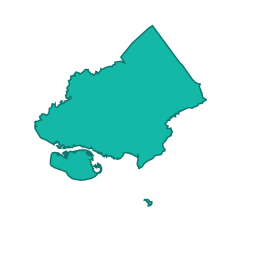 City of Isabela, Philippines, rotated 234°
{"feature_id": "2640588B50898058307541", "entity_name": "City of Isabela", "entity_type": "district", "adm_level": 2, "iso_a3": "PHL", "parent_name": "Philippines", "parent_adm1": "", "projection": "albers", "projection_center": [121.969, 6.657], "detail": "fine", "context": "isolated", "style": "filled", "palette": "teal", "viewbox_px": 256, "rotation_deg": 234, "n_neighbors": 0, "source": "geoboundaries", "source_scale": "gbopen_adm2", "svg_char_len": 5776}
<svg xmlns="http://www.w3.org/2000/svg" viewBox="0 0 256 256"><g transform="rotate(234 128 128)"><path d="M187.5,55.9L185.9,55.8L184.6,54.0L183.3,54.6L183.6,53.4L182.1,52.5L171.8,51.6L170.1,52.2L166.9,54.5L159.9,57.4L159.2,58.2L158.6,58.1L158.8,58.7L158.2,58.7L159.2,59.9L159.1,60.0L158.8,59.8L158.6,59.8L158.3,60.7L159.0,60.1L159.1,60.7L158.3,61.0L158.5,61.7L159.5,62.3L159.0,62.8L158.2,62.4L157.5,63.3L156.5,63.4L156.2,64.1L156.3,63.4L155.6,62.6L153.7,63.3L152.6,62.9L152.3,64.1L152.5,64.8L152.0,65.8L151.0,65.9L150.3,64.9L149.9,65.4L149.7,64.7L149.2,65.3L148.9,64.6L149.9,64.0L149.3,63.9L148.7,64.9L147.8,67.4L148.6,67.0L148.7,67.9L148.1,68.3L148.0,69.1L147.5,69.4L147.3,68.9L146.6,69.5L146.3,69.2L145.9,69.9L146.3,69.6L146.3,70.2L144.8,71.6L145.6,73.5L145.3,73.7L146.0,73.8L146.4,74.5L145.8,74.7L144.7,74.1L142.2,79.0L140.9,79.9L140.5,79.4L138.9,80.9L139.0,81.4L138.6,81.2L137.6,82.4L134.1,84.4L133.7,84.9L134.1,87.2L133.1,86.6L132.7,87.1L131.5,86.9L131.7,87.5L131.2,87.0L129.6,87.6L129.3,87.3L128.4,88.5L127.9,88.2L126.7,89.3L126.5,88.8L125.9,89.0L126.2,89.6L125.6,89.9L125.7,90.3L125.3,89.7L125.5,90.4L125.1,89.7L125.2,90.5L124.9,89.9L124.6,90.5L124.4,89.7L123.6,90.2L123.3,89.7L123.7,91.6L123.0,91.8L122.6,91.0L120.5,91.6L120.3,91.2L119.1,91.7L118.7,92.0L119.4,92.8L119.4,93.7L117.2,93.6L118.7,95.0L116.5,95.6L115.3,97.9L114.9,98.3L113.8,97.7L113.1,98.7L111.7,98.3L111.2,98.7L111.5,99.3L109.0,101.1L108.8,101.7L109.2,102.0L108.4,102.2L107.9,104.4L109.0,108.7L110.1,109.6L109.7,111.6L105.7,114.9L105.9,115.1L99.0,118.4L98.7,119.1L99.4,119.0L100.6,120.3L100.1,120.5L98.6,119.5L97.7,118.1L96.0,117.2L95.6,116.3L93.1,114.1L91.1,113.6L90.2,114.1L89.4,113.1L88.7,113.1L88.4,116.8L89.7,120.2L89.9,123.5L88.8,130.1L89.8,133.6L87.1,139.2L88.5,142.1L88.0,144.5L88.8,145.3L92.0,145.3L94.8,146.7L95.8,151.7L97.1,154.3L96.6,158.6L97.2,159.2L97.9,159.1L98.7,161.6L99.4,161.9L100.1,161.4L102.7,162.6L103.2,161.1L104.4,159.5L104.9,159.4L105.8,161.5L108.3,160.4L109.5,160.6L110.2,163.3L110.9,164.2L110.9,165.6L110.2,165.5L109.7,166.3L110.8,167.3L110.7,169.1L111.6,168.7L111.0,169.8L111.4,170.9L110.8,171.1L111.2,172.7L109.7,172.7L109.2,173.1L109.6,173.4L110.5,173.1L110.6,173.9L111.7,174.6L111.2,175.0L111.5,175.6L110.7,175.8L110.5,176.6L109.8,177.0L110.5,177.2L110.5,178.5L111.4,178.8L110.8,180.0L109.1,188.8L106.1,191.9L106.4,192.7L105.1,197.4L106.0,199.0L104.4,202.9L105.0,204.1L104.7,207.3L105.2,208.0L108.3,206.5L109.3,206.5L113.1,208.5L114.6,208.2L115.4,209.0L119.6,210.0L121.1,212.2L122.8,210.6L124.9,209.4L129.4,208.6L147.1,208.9L150.4,208.2L196.4,207.9L196.6,203.1L194.2,181.7L189.5,163.9L182.6,163.6L183.7,162.5L185.3,162.2L186.7,160.4L188.8,156.1L187.3,155.1L187.7,153.1L187.1,151.0L188.5,149.8L190.1,145.0L190.6,141.2L191.8,141.0L190.4,139.3L189.7,135.7L190.0,135.2L191.4,135.9L192.5,135.3L191.3,134.1L190.9,131.3L192.9,130.7L193.9,129.7L195.4,130.0L196.8,129.1L197.5,129.1L198.5,130.2L200.4,127.9L199.7,124.1L199.9,120.8L201.3,120.7L203.7,119.0L203.3,116.5L201.3,115.6L202.4,115.1L203.0,113.6L202.8,112.8L203.5,112.4L202.6,111.3L201.4,111.0L200.9,110.4L201.1,107.5L200.0,107.4L197.1,105.8L196.7,102.7L195.5,101.7L193.3,101.5L193.7,99.7L191.6,98.8L191.1,96.7L188.7,95.7L187.9,95.9L187.3,97.5L187.2,100.1L186.2,100.0L185.3,98.4L185.7,97.4L186.6,96.8L185.5,95.8L187.0,92.2L186.0,91.8L185.9,90.0L186.9,89.8L187.6,89.1L188.5,90.5L189.1,90.1L188.4,88.1L187.3,88.5L186.4,88.1L187.3,85.4L186.4,83.7L186.6,82.4L188.2,81.7L190.4,83.3L190.2,82.7L190.5,82.0L191.7,81.3L192.1,80.6L190.4,79.3L189.5,77.1L190.1,76.0L186.4,72.7L186.1,69.4L188.6,68.4L189.9,66.4L189.0,64.6L189.3,63.5L188.7,62.8L185.6,62.6L186.0,62.3L186.6,58.3L187.5,57.6L187.5,55.9ZM142.8,43.8L139.2,45.2L129.1,52.1L124.9,51.7L121.0,52.7L118.9,53.8L113.8,58.8L111.5,62.6L108.7,69.1L108.2,73.4L108.9,76.8L108.2,79.5L109.3,81.7L111.2,83.1L111.9,82.9L114.0,83.9L117.2,82.8L116.7,82.1L117.0,81.7L116.7,82.0L116.1,83.0L114.2,82.8L115.2,82.1L114.7,81.7L115.3,81.4L113.9,80.3L114.7,79.0L115.4,79.4L116.0,80.6L116.4,79.8L117.3,80.0L117.2,78.0L114.3,79.1L113.1,82.4L111.8,82.2L110.1,81.1L109.3,81.2L109.0,80.4L109.4,79.5L109.1,78.8L109.7,76.7L109.2,75.9L110.2,76.0L110.8,75.5L110.6,75.0L110.9,75.4L111.5,75.1L111.7,75.7L111.8,75.1L112.8,75.2L112.3,75.6L113.6,74.9L115.7,75.3L115.9,75.8L114.8,76.5L116.0,75.9L119.4,77.0L120.7,76.5L121.4,77.4L123.8,78.6L124.1,79.2L124.4,79.0L123.6,80.7L123.0,80.7L122.5,80.0L122.6,80.8L125.3,82.2L127.4,82.2L128.4,81.7L128.1,81.0L129.1,80.3L129.5,80.7L130.9,80.3L131.3,79.9L131.1,79.7L132.0,79.7L131.7,80.4L132.2,80.3L132.2,81.0L132.6,81.1L132.0,81.4L132.3,81.6L132.0,81.8L128.2,82.6L129.1,82.9L128.0,83.1L128.0,82.7L126.8,83.6L130.2,83.6L130.4,83.1L131.3,83.2L131.6,82.6L132.8,82.4L135.3,80.6L136.8,78.2L136.3,78.2L136.5,77.9L136.9,78.0L136.7,77.7L138.6,75.9L139.1,74.7L138.7,74.3L139.9,72.9L139.6,72.4L140.0,72.1L140.5,72.4L139.1,70.9L139.7,69.9L140.0,71.0L141.0,70.6L141.2,69.3L143.1,67.6L142.9,66.9L143.4,66.1L143.1,65.4L142.8,65.6L141.9,63.3L141.4,63.2L141.6,62.8L140.7,61.5L139.5,61.2L139.5,60.4L140.9,60.3L141.5,59.1L142.5,58.6L145.9,58.3L146.5,57.1L146.1,56.5L146.6,56.8L146.6,56.4L147.2,56.6L146.7,56.2L146.7,55.8L147.5,56.5L147.4,55.8L148.6,54.7L148.0,55.8L149.0,56.5L147.6,57.1L148.3,57.2L151.3,54.3L152.3,52.2L151.5,50.3L146.6,45.6L144.7,44.3L142.8,43.8ZM60.1,98.8L59.0,99.8L55.2,100.2L53.9,99.9L53.3,98.6L52.8,98.7L52.3,101.1L52.5,102.4L54.3,103.9L55.4,102.4L57.7,102.3L59.0,101.4L59.4,100.1L60.4,99.3L60.1,98.8ZM143.8,60.6L142.3,60.2L142.0,60.9L142.8,62.8L143.2,63.5L143.6,63.2L144.1,64.4L144.7,64.6L145.5,63.9L145.5,65.0L145.9,63.2L144.7,62.8L145.8,61.7L145.6,61.2L146.2,61.1L146.0,60.6L145.1,60.5L145.0,61.1L143.8,61.2L143.8,60.6ZM153.0,60.0L151.6,60.9L151.2,61.9L152.4,61.0L153.1,61.6L155.0,60.7L155.4,60.1L153.0,60.0Z" fill="#14b8a6" stroke="#0f766e" stroke-width="1.5"/></g></svg>